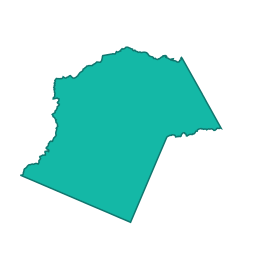 the district of Espigão D'Oeste, Rondônia, Brazil, rotated 203°
{"feature_id": "56859067B68374393690028", "entity_name": "Espigão D'Oeste", "entity_type": "district", "adm_level": 2, "iso_a3": "BRA", "parent_name": "Brazil", "parent_adm1": "Rondônia", "projection": "mercator", "projection_center": [-60.711, -11.369], "detail": "fine", "context": "isolated", "style": "filled", "palette": "teal", "viewbox_px": 256, "rotation_deg": 203, "n_neighbors": 0, "source": "geoboundaries", "source_scale": "gbopen_adm2", "svg_char_len": 4225}
<svg xmlns="http://www.w3.org/2000/svg" viewBox="0 0 256 256"><g transform="rotate(203 128 128)"><path d="M42.1,164.1L45.7,166.9L47.9,168.6L49.4,169.8L53.9,173.3L59.9,178.0L64.6,181.6L68.0,184.3L70.0,185.9L72.4,187.7L72.9,188.2L105.5,213.4L106.4,213.8L106.6,212.8L105.7,212.6L106.1,211.2L106.8,210.5L106.7,209.5L107.0,208.6L107.6,208.4L108.3,207.9L110.2,208.3L111.6,208.1L112.3,207.8L113.0,207.7L113.3,208.3L113.4,209.4L114.8,208.5L114.5,207.5L115.1,207.3L115.9,207.8L116.7,207.5L117.4,207.7L118.6,207.9L120.5,207.8L120.4,209.0L121.3,209.3L121.6,208.5L122.3,209.1L123.1,208.6L124.0,208.1L123.8,207.2L124.7,206.6L125.2,205.9L125.5,205.2L126.1,204.1L126.8,203.7L127.4,202.7L128.6,202.4L129.5,202.5L130.1,202.8L131.0,202.2L131.7,202.0L132.3,202.8L133.3,203.0L134.9,202.7L137.0,202.8L137.6,203.3L138.4,203.6L138.8,204.1L139.6,204.2L140.1,204.6L141.3,204.5L142.8,204.1L143.9,203.5L144.6,203.0L145.6,202.5L146.6,202.7L148.2,201.6L149.2,201.9L150.0,201.9L150.7,201.7L151.4,201.9L152.1,202.3L152.9,201.4L153.9,201.4L154.7,202.4L156.2,202.1L157.2,202.3L158.0,202.2L159.7,202.3L160.5,202.0L161.4,201.6L161.7,200.7L162.5,199.5L163.1,199.0L163.7,198.5L164.4,198.7L165.2,196.7L164.9,195.9L165.7,195.6L166.3,194.6L167.0,193.9L167.7,193.8L168.5,193.8L168.6,192.3L168.6,191.4L169.2,191.0L170.0,190.7L171.0,190.4L171.6,189.8L172.7,189.2L179.5,184.8L179.5,184.0L179.1,182.6L178.8,180.9L178.6,179.8L179.1,177.7L180.5,177.2L182.5,176.6L183.4,174.6L184.2,173.6L184.9,172.7L185.3,171.5L188.5,170.1L189.5,169.2L190.1,168.9L190.3,167.9L190.9,167.0L191.7,165.3L192.3,164.6L192.0,163.2L192.3,162.4L193.1,161.3L193.8,160.3L194.5,157.6L194.6,156.3L195.0,155.8L195.3,155.2L195.5,154.6L197.0,152.8L198.3,152.5L199.4,152.8L201.5,153.7L202.2,153.2L202.6,152.4L203.1,151.5L203.9,151.0L204.4,150.0L205.3,149.4L207.7,149.8L207.6,148.8L208.1,147.8L209.1,147.1L209.8,147.0L210.5,146.4L211.5,146.2L212.1,145.9L213.3,145.6L213.9,143.1L213.1,142.5L213.4,140.5L212.5,140.3L212.5,139.4L212.6,138.6L211.9,138.4L212.1,137.4L212.2,136.4L211.1,136.0L210.6,135.3L211.3,134.8L210.9,134.3L210.1,133.3L209.6,132.1L208.8,131.6L208.6,130.3L208.0,129.0L207.9,128.3L208.1,127.5L208.6,126.4L208.2,125.5L206.9,126.4L204.9,127.9L203.8,127.6L203.1,127.9L202.6,127.1L202.4,126.2L202.4,125.0L202.9,124.5L202.9,123.7L201.7,123.1L200.5,123.1L200.3,122.5L200.9,120.8L201.5,119.9L201.3,119.3L200.8,118.5L201.1,117.8L201.0,116.6L201.4,115.9L201.8,115.0L201.1,113.7L201.8,112.8L202.7,111.6L203.1,110.8L201.9,110.1L201.5,109.2L200.3,109.0L199.4,108.7L198.3,107.7L197.2,107.4L197.5,106.6L196.7,105.7L196.3,104.9L195.4,104.8L194.4,103.8L193.8,102.6L193.3,102.2L194.0,99.7L193.2,99.5L192.8,96.9L192.8,96.1L192.4,94.9L192.0,94.0L191.3,93.5L191.3,92.6L191.8,91.8L191.8,90.9L192.4,90.0L192.4,87.4L192.3,86.2L193.1,85.8L193.8,85.9L194.2,85.4L194.7,84.5L194.6,83.5L195.1,82.6L194.8,81.8L194.6,81.1L194.6,80.5L194.7,79.8L195.0,79.1L195.5,78.4L195.5,77.5L194.7,77.0L193.9,77.1L192.4,76.8L192.0,76.1L191.9,75.3L193.0,75.5L195.2,74.0L194.9,73.1L194.4,72.7L193.9,71.8L193.5,70.9L194.3,70.5L195.0,70.0L195.9,69.8L197.1,68.0L197.8,67.7L198.0,66.9L196.5,65.6L196.8,64.1L197.2,63.5L197.1,62.7L196.4,61.7L196.7,59.7L198.1,59.7L199.3,59.2L200.7,57.7L201.9,57.5L203.0,56.7L203.4,56.1L204.2,55.8L205.0,55.2L205.7,53.6L206.0,52.1L206.8,50.6L207.3,50.0L207.4,49.0L207.1,48.4L207.1,47.3L206.8,46.6L206.9,45.7L206.4,44.8L206.6,43.8L207.3,43.2L208.6,42.5L201.5,42.5L134.2,42.3L131.7,42.3L130.9,42.3L126.7,42.3L116.2,42.3L100.4,42.2L99.0,42.2L88.8,42.2L88.8,43.0L88.8,57.0L88.8,101.8L88.8,111.8L88.7,134.6L88.3,135.6L87.4,136.6L86.7,137.5L85.0,138.3L84.9,139.0L83.7,139.4L82.2,139.6L81.4,139.3L80.7,138.4L79.0,139.4L78.6,140.0L77.8,139.9L77.3,140.5L76.4,140.6L75.9,141.6L76.3,142.5L75.9,143.9L75.7,144.6L74.9,145.4L74.1,145.7L73.5,145.1L72.1,144.9L71.2,143.6L70.5,143.7L69.9,144.7L69.1,145.8L68.1,146.5L67.3,146.8L66.4,147.0L66.0,148.1L65.2,148.1L64.6,149.1L64.2,151.6L63.0,152.2L63.3,153.5L62.4,154.7L60.5,156.1L59.8,155.9L58.9,156.4L58.2,156.2L56.8,157.1L55.4,157.5L54.9,157.1L54.4,157.7L53.4,158.8L52.2,158.9L51.0,159.9L50.0,159.9L49.0,159.9L48.0,159.4L47.1,159.8L46.7,160.6L46.2,161.4L46.1,162.2L45.6,162.7L43.8,163.2L43.5,163.8L42.8,164.1L42.1,164.1Z" fill="#14b8a6" stroke="#0f766e" stroke-width="1.5"/></g></svg>